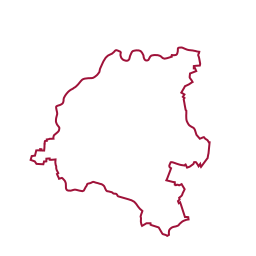 Binh Giang, Hải Dương, Vietnam, rotated 286°
{"feature_id": "81297802B56696175700764", "entity_name": "Binh Giang", "entity_type": "district", "adm_level": 2, "iso_a3": "VNM", "parent_name": "Vietnam", "parent_adm1": "Hải Dương", "projection": "mercator", "projection_center": [106.189, 20.876], "detail": "fine", "context": "isolated", "style": "outline", "palette": "rose", "viewbox_px": 256, "rotation_deg": 286, "n_neighbors": 0, "source": "geoboundaries", "source_scale": "gbopen_adm2", "svg_char_len": 5763}
<svg xmlns="http://www.w3.org/2000/svg" viewBox="0 0 256 256"><g transform="rotate(286 128 128)"><path d="M56.8,211.4L58.9,210.5L58.7,209.2L58.1,207.3L62.4,204.4L68.8,200.1L70.9,198.6L69.7,197.6L70.7,196.8L71.5,196.2L72.8,196.9L73.5,197.3L75.0,196.4L77.0,197.8L77.7,198.2L78.8,198.5L80.1,198.5L83.3,199.1L84.8,199.3L88.3,195.5L88.8,195.0L87.7,193.8L87.0,193.0L87.0,192.7L87.2,191.4L86.9,190.8L86.4,190.1L86.2,189.4L86.7,189.2L86.6,188.5L87.3,188.3L88.8,187.9L88.5,185.9L88.4,182.4L88.3,179.3L90.2,179.6L98.4,180.3L101.2,180.5L101.7,179.0L102.2,178.5L103.0,178.1L104.0,178.1L106.8,178.5L107.1,179.1L107.3,180.2L107.3,181.0L107.2,183.0L107.1,184.2L107.0,187.8L107.1,189.6L107.5,192.3L107.5,192.6L108.5,193.1L108.8,193.4L108.3,193.9L106.4,195.5L106.2,195.7L106.4,196.0L107.7,197.8L108.6,198.6L109.3,199.1L111.4,200.8L113.4,201.0L113.9,202.6L113.4,203.4L111.8,205.3L110.7,206.4L113.3,207.3L111.7,208.2L110.9,208.7L110.7,208.9L119.0,212.0L120.3,212.5L120.9,212.8L125.0,212.4L125.7,212.4L132.8,211.1L136.7,210.4L136.5,209.6L136.8,209.4L138.1,207.9L138.4,207.2L138.8,205.7L139.1,205.0L140.1,203.5L139.9,203.0L139.0,201.9L137.5,200.0L138.1,199.1L140.3,195.7L144.2,193.1L144.9,192.6L145.7,191.7L146.2,190.9L146.7,188.6L147.4,186.3L148.0,185.4L148.9,184.4L150.6,182.8L151.5,182.2L152.5,181.7L153.9,181.2L156.5,180.4L157.9,180.1L160.7,179.3L161.0,178.8L161.3,178.4L166.1,176.0L167.6,175.3L171.0,173.6L171.8,173.8L172.4,174.0L172.8,172.8L173.1,172.1L174.8,172.7L175.8,173.0L176.7,169.5L182.2,170.9L183.7,171.2L183.8,171.2L186.0,173.7L186.8,174.6L189.3,176.7L190.0,177.4L191.2,176.2L192.9,174.0L193.5,173.4L194.5,173.1L197.5,172.6L201.5,177.9L204.0,175.9L203.5,174.8L204.5,174.5L205.7,174.2L206.7,176.6L207.8,179.8L208.6,179.8L209.5,179.7L210.0,179.5L211.0,179.0L214.6,177.2L216.0,176.4L217.0,175.6L217.4,175.4L218.4,175.3L219.4,175.6L220.9,175.5L220.6,173.5L220.6,171.6L220.4,169.8L220.4,169.1L219.7,165.1L219.6,163.3L219.8,161.2L220.2,158.2L220.1,157.1L219.3,154.9L219.0,154.5L218.5,154.1L218.0,154.1L215.4,154.7L213.7,154.8L212.9,154.7L212.3,154.6L211.7,154.2L211.3,153.6L210.6,152.1L210.2,150.0L209.7,149.9L208.6,150.4L206.0,146.5L205.2,145.0L204.7,143.9L204.8,142.1L206.0,139.6L206.2,138.4L206.2,136.5L205.7,134.4L205.4,133.2L204.5,131.3L204.0,130.5L203.3,130.0L202.2,129.5L201.0,129.3L199.6,129.0L199.0,128.8L198.3,128.0L198.0,127.1L197.9,126.4L198.1,125.7L198.4,125.1L199.1,124.5L200.1,123.7L202.1,122.8L204.1,120.9L205.1,119.5L205.4,118.8L205.5,118.0L205.5,116.7L204.9,114.5L204.0,112.6L203.3,111.5L202.4,110.9L201.2,110.6L198.5,110.2L197.4,110.1L196.3,110.2L194.5,110.2L193.9,110.0L192.9,109.3L192.6,109.0L192.4,108.4L192.1,107.7L192.1,106.6L192.1,105.7L192.2,105.0L192.3,104.4L192.7,103.6L193.3,102.6L193.9,102.0L194.6,101.5L195.5,100.9L196.2,100.6L197.0,100.4L198.5,100.3L198.8,100.1L199.2,99.6L199.6,96.8L199.6,95.4L199.4,94.9L199.0,94.5L198.5,94.1L197.7,93.8L196.8,93.3L195.8,92.6L195.1,92.2L194.1,91.0L192.3,89.0L191.8,88.6L189.8,87.4L188.9,87.0L188.1,86.8L185.3,86.0L183.4,85.7L177.9,84.9L176.8,84.8L174.6,85.0L173.7,85.0L170.9,83.9L170.0,83.4L168.9,82.6L167.8,81.8L166.9,80.9L166.4,80.3L166.2,79.8L165.9,79.2L164.8,75.8L163.6,73.0L163.2,72.3L162.7,71.6L162.3,71.1L161.7,70.6L160.8,70.1L159.8,69.6L156.1,68.0L153.6,66.6L152.5,65.8L151.5,64.8L150.6,64.2L149.1,62.6L148.4,62.0L147.6,61.4L146.4,60.6L144.1,59.5L142.2,58.8L141.1,58.5L140.1,58.3L139.2,58.1L137.7,58.2L136.6,58.5L135.6,58.6L134.6,58.6L133.8,58.4L133.2,58.1L132.2,57.2L131.3,56.2L130.8,55.4L130.5,54.9L129.9,54.1L129.4,53.5L129.0,53.2L128.6,53.1L128.1,53.2L127.5,53.4L125.5,54.4L123.7,55.4L122.8,55.8L121.9,56.1L117.9,56.2L117.1,56.3L116.0,56.5L114.2,57.0L113.3,57.6L112.4,58.3L111.8,58.8L111.1,59.7L110.0,61.2L109.6,61.7L109.3,61.9L108.8,62.1L106.9,62.3L106.1,62.2L105.3,61.9L104.1,61.2L101.3,59.3L100.5,58.8L99.0,58.8L98.4,58.9L97.8,59.0L97.2,59.3L96.4,57.0L96.2,56.2L96.0,55.6L95.6,55.2L94.7,53.4L94.6,53.1L93.3,53.5L92.9,52.4L92.7,51.9L92.4,51.8L91.6,51.8L89.8,52.3L89.7,52.1L88.0,52.6L86.0,53.1L83.2,53.6L82.5,50.9L83.7,50.6L83.5,49.4L82.2,49.7L81.8,47.9L81.2,46.0L75.8,46.2L74.5,43.2L70.5,43.2L70.2,47.6L68.3,49.9L68.9,52.7L69.8,56.6L72.7,56.5L73.2,58.4L73.4,58.7L76.0,58.0L76.8,60.1L77.1,61.1L75.9,61.5L76.3,63.1L76.8,64.5L77.8,67.0L77.0,67.2L75.8,67.4L74.7,67.7L73.6,68.2L72.5,68.7L71.8,69.3L71.2,69.6L69.5,70.1L68.8,70.5L68.0,71.0L67.0,71.9L65.4,73.4L64.2,72.4L63.0,73.4L60.8,75.3L60.2,75.7L60.6,76.3L61.8,78.2L61.5,79.1L60.4,80.9L59.8,81.8L59.3,82.3L57.8,83.4L55.8,84.1L53.2,84.9L52.4,85.4L51.9,85.9L51.5,86.5L51.4,87.0L51.4,87.9L51.8,89.5L52.0,90.2L52.6,91.3L53.2,92.2L54.0,93.6L54.2,94.4L54.3,95.2L54.4,98.5L54.7,101.6L55.1,102.1L55.6,102.7L56.2,102.9L59.6,103.6L60.6,104.0L61.6,104.2L62.3,104.2L63.1,104.4L63.6,105.1L64.7,107.1L66.0,108.5L66.6,109.3L66.7,110.0L66.6,112.4L66.7,114.1L66.6,116.2L66.7,118.1L66.3,119.5L65.8,120.7L64.8,121.8L63.7,122.6L62.0,124.2L61.5,125.3L61.7,126.9L61.8,130.0L61.6,130.8L61.2,131.5L61.0,132.1L61.1,132.9L61.3,133.5L61.4,134.3L61.4,134.9L61.1,135.5L60.8,136.0L60.2,136.4L59.8,136.9L59.6,137.5L59.6,138.4L59.6,141.8L59.6,146.7L59.6,148.3L59.5,150.0L59.5,151.2L58.8,154.3L57.8,156.0L57.2,156.9L55.1,159.5L53.6,161.7L53.2,162.6L52.2,164.7L51.6,164.7L48.8,164.5L47.4,164.5L46.5,164.5L46.0,164.7L45.6,165.0L44.7,165.4L41.8,166.1L40.6,166.6L38.8,167.6L37.8,168.5L40.3,170.9L41.1,171.6L41.6,172.2L42.6,175.9L41.2,176.4L41.1,177.6L40.9,184.4L40.8,185.0L36.2,189.8L35.7,190.5L35.6,190.9L35.6,193.5L35.4,194.7L35.1,195.4L35.4,195.8L36.4,196.5L36.6,196.8L38.4,196.2L39.2,196.0L40.5,195.8L41.1,195.8L41.6,195.9L42.4,196.2L43.2,196.7L43.8,197.1L44.5,197.7L45.0,198.3L45.6,199.2L46.6,201.1L47.8,202.8L48.4,203.3L48.9,203.6L49.8,203.9L51.0,204.6L52.5,205.6L53.2,206.1L54.4,207.4L56.0,209.6L56.3,210.3L56.8,211.4Z" fill="none" stroke="#9f1239" stroke-width="2"/></g></svg>